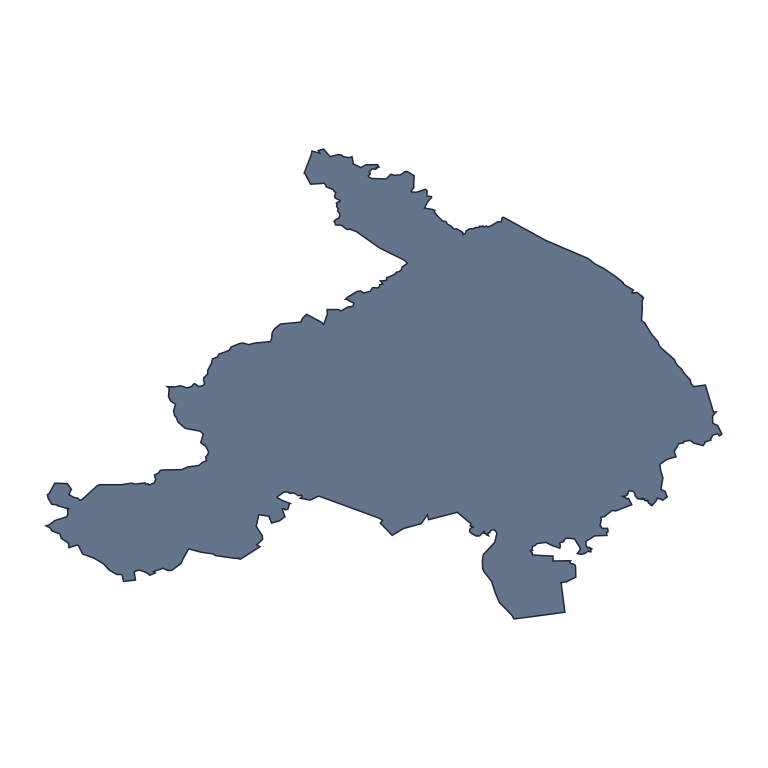 the district of Sēmes pag., Tukums, Latvia
{"feature_id": "27541924B50458338547666", "entity_name": "Sēmes pag.", "entity_type": "district", "adm_level": 2, "iso_a3": "LVA", "parent_name": "Latvia", "parent_adm1": "Tukums", "projection": "natural_earth1", "projection_center": [23.096, 57.072], "detail": "fine", "context": "isolated", "style": "filled", "palette": "slate", "viewbox_px": 768, "rotation_deg": 0, "n_neighbors": 0, "source": "geoboundaries", "source_scale": "gbopen_adm2", "svg_char_len": 6098}
<svg xmlns="http://www.w3.org/2000/svg" viewBox="0 0 768 768"><path d="M330.1,156.6L323.5,149.0L318.3,150.6L319.7,153.1L312.0,151.1L311.2,154.8L304.2,173.2L304.8,173.3L310.6,184.2L324.3,183.3L326.1,185.6L326.1,186.8L333.4,189.7L334.0,191.3L335.8,192.6L334.6,195.8L335.0,198.0L340.0,200.5L339.8,201.7L337.6,202.1L336.3,203.1L337.0,205.0L336.6,206.3L338.2,209.0L337.5,210.7L339.8,214.2L340.0,215.8L338.8,217.9L335.3,219.9L334.1,221.6L334.7,222.0L335.5,224.9L341.6,225.4L346.9,229.5L351.0,229.2L351.4,229.9L356.1,231.4L379.8,248.1L404.5,260.3L407.3,263.2L406.9,263.7L402.2,266.9L401.3,269.9L398.8,271.8L396.8,272.0L394.1,274.7L386.7,277.7L386.6,279.5L385.7,280.5L380.4,280.9L382.9,284.0L379.6,284.8L379.6,286.1L378.4,287.9L372.5,287.6L370.4,291.2L363.9,293.1L360.3,290.9L356.9,291.5L347.7,297.1L345.5,299.2L347.6,299.2L348.0,300.2L354.0,303.2L352.8,306.4L348.1,306.9L340.8,311.0L339.5,310.0L337.2,309.5L327.0,309.6L327.4,314.0L323.6,324.5L321.4,322.2L306.6,314.3L302.6,318.1L300.9,322.1L280.5,324.0L275.0,328.4L272.6,331.6L272.0,333.8L271.7,338.6L270.2,341.6L254.6,343.1L248.5,344.7L243.6,343.0L239.9,343.4L231.2,346.9L229.4,350.3L218.7,354.2L217.7,356.9L212.5,358.9L211.5,363.4L207.7,370.3L207.7,373.8L203.7,377.9L203.5,380.3L204.6,383.5L203.2,385.6L198.7,386.5L194.8,383.7L193.8,383.9L191.4,386.7L186.8,387.8L180.5,385.7L174.7,386.9L167.2,386.6L169.2,388.2L168.5,396.7L170.7,401.1L175.5,404.4L173.6,411.0L174.6,415.8L175.8,416.7L178.2,422.3L185.4,428.4L200.2,431.2L203.3,434.1L200.7,442.7L205.7,446.3L208.6,451.9L207.9,454.4L205.6,457.1L206.5,460.7L202.7,462.2L198.9,465.4L187.6,467.0L181.7,469.6L161.5,470.0L160.0,470.7L158.7,472.9L154.4,475.1L155.7,479.8L154.2,483.0L149.2,485.0L148.0,483.9L145.5,484.0L145.2,482.9L134.7,484.2L132.0,483.1L120.9,484.7L99.9,484.7L97.3,485.6L81.7,499.9L79.9,500.1L77.5,498.1L74.3,497.6L69.1,494.8L70.5,490.7L71.5,489.5L67.4,483.6L54.8,483.2L49.3,493.4L47.4,494.8L48.1,498.1L51.8,504.3L57.4,505.0L57.3,505.6L68.5,508.9L67.3,509.3L68.0,513.3L66.9,516.7L54.7,520.6L49.5,524.7L46.1,525.9L49.8,527.7L52.1,531.0L59.9,533.8L61.3,538.4L68.6,543.2L68.9,547.6L77.5,545.0L78.6,545.9L82.6,554.0L94.2,558.2L103.8,564.1L109.0,570.0L116.8,574.5L121.9,574.5L123.4,580.9L123.9,581.4L135.5,580.1L134.2,571.7L139.1,570.0L144.2,571.7L149.0,574.3L149.6,575.3L155.2,572.9L153.7,571.6L162.9,568.3L167.7,570.5L171.7,570.4L181.0,563.5L183.1,558.6L188.7,548.9L200.6,552.1L213.5,554.0L215.2,555.5L235.4,558.4L239.0,558.4L238.8,558.8L240.6,559.1L260.0,546.7L256.6,545.0L262.6,539.4L262.3,535.6L256.2,526.3L258.8,514.7L268.8,516.2L271.6,523.1L279.5,520.8L284.9,516.7L282.1,509.1L284.6,508.8L284.9,509.8L287.7,509.4L289.0,505.9L288.9,504.5L290.3,503.5L281.0,499.9L279.1,498.5L277.7,498.4L277.3,496.9L283.7,492.1L287.6,491.9L290.1,493.5L293.7,492.8L298.6,495.8L301.7,495.1L302.3,496.5L300.2,498.2L309.9,500.1L318.8,496.1L379.0,518.1L382.6,520.4L380.3,523.0L392.2,535.4L403.6,528.5L421.1,523.7L427.4,514.9L428.6,519.7L457.3,512.3L471.3,524.0L470.0,525.8L472.9,527.1L470.7,528.2L469.7,529.5L469.5,531.4L471.6,533.6L476.4,536.1L479.8,535.8L483.9,531.5L484.5,531.7L484.6,532.4L483.7,532.7L484.2,533.3L486.3,533.8L486.4,534.8L488.5,535.6L487.6,533.9L490.0,532.3L490.5,531.0L492.1,529.8L494.7,530.1L496.9,533.1L494.8,542.3L483.3,554.6L482.4,560.4L482.6,568.4L483.9,571.5L491.6,581.5L495.4,593.3L499.6,602.7L511.8,615.1L513.9,619.0L549.5,614.3L564.9,612.2L561.2,583.5L560.7,582.7L566.3,581.9L575.8,577.1L575.6,567.0L574.8,564.6L570.5,563.3L569.8,561.7L570.6,560.7L552.9,561.0L553.0,556.1L532.6,555.0L532.4,553.3L530.2,551.0L532.7,550.5L531.9,549.2L532.5,546.4L535.2,545.4L536.9,543.6L546.0,542.4L551.0,545.1L559.8,548.2L560.5,545.6L559.4,543.3L560.9,542.3L563.1,542.0L564.0,541.1L564.2,539.6L566.5,538.1L570.8,538.5L574.5,538.9L580.1,548.1L580.2,549.6L577.3,553.6L582.0,554.4L585.3,553.2L588.5,550.8L590.2,552.0L591.0,551.7L590.5,549.9L591.9,548.9L588.9,547.2L588.1,548.2L586.5,546.3L585.9,544.2L586.0,541.3L594.6,535.9L607.0,535.4L606.4,532.8L608.1,531.7L607.6,528.3L602.7,528.4L601.4,527.7L601.2,526.2L600.0,525.6L601.3,519.8L600.8,517.4L604.6,516.5L612.1,510.5L615.8,510.9L631.8,504.7L628.5,498.3L627.6,498.9L622.7,496.3L625.6,496.1L627.5,494.7L628.7,491.0L633.3,491.1L635.3,494.3L634.9,495.2L635.2,496.0L636.8,497.4L637.3,498.7L640.6,499.1L641.9,498.0L642.6,498.4L642.3,499.4L644.8,499.1L644.9,500.1L644.1,500.6L647.2,500.3L646.6,500.8L647.9,501.1L648.5,503.2L650.1,503.7L650.2,504.7L651.6,505.5L652.2,505.5L652.2,504.5L653.3,504.1L656.4,500.5L657.5,498.1L662.8,500.1L667.2,496.9L665.1,491.3L660.9,489.4L662.9,477.9L660.7,470.7L659.9,464.3L667.3,459.2L676.1,456.8L674.2,451.7L678.7,443.8L683.7,442.8L683.8,441.4L690.3,440.4L693.6,443.1L703.1,445.6L704.7,443.4L704.9,442.1L710.9,440.0L710.6,439.1L712.9,435.1L717.7,433.6L719.5,435.9L721.9,434.2L717.6,425.4L712.8,423.3L712.6,416.0L716.1,411.9L713.5,412.2L705.4,385.0L693.6,386.6L691.0,383.5L690.3,379.9L684.6,373.8L681.2,368.7L677.7,365.7L675.4,362.4L674.5,359.6L660.4,347.3L658.6,344.2L658.2,342.0L651.3,333.9L644.8,323.1L641.5,320.5L642.3,308.6L642.1,301.2L643.4,297.9L642.5,297.6L642.8,296.8L636.8,292.3L632.1,293.2L632.6,290.7L633.4,290.1L625.7,285.6L622.7,283.2L623.1,282.5L615.6,276.5L603.5,268.3L595.5,264.3L588.1,258.5L545.7,240.4L503.4,217.2L502.0,218.1L501.4,221.7L500.9,222.1L497.7,221.7L491.0,225.9L488.2,226.8L486.3,226.1L483.9,226.8L482.9,226.0L481.4,226.5L479.4,226.1L479.1,227.2L478.1,227.6L476.0,227.4L472.9,228.7L469.0,229.0L466.0,231.0L465.5,233.5L462.9,234.7L462.8,232.4L456.5,228.7L454.4,229.3L450.6,225.8L447.3,224.1L446.1,221.6L442.9,221.1L437.5,216.1L434.2,211.7L434.8,210.5L432.8,209.5L424.4,208.0L427.8,201.6L431.7,197.2L431.3,196.5L426.9,196.1L427.0,190.5L425.4,189.3L416.3,192.3L411.6,192.0L411.0,191.0L413.7,187.9L414.1,175.6L407.2,171.5L406.8,172.0L405.4,171.4L400.4,174.9L394.3,175.3L390.7,174.2L386.4,178.9L371.7,178.5L368.9,177.0L368.3,176.0L370.1,174.1L370.2,173.1L369.2,171.9L372.1,168.9L375.6,169.3L376.9,168.3L376.4,167.6L379.1,167.0L377.4,164.6L366.0,164.8L360.7,167.6L353.3,163.8L352.0,156.7L349.0,157.7L343.1,156.6L341.6,155.0L338.1,154.6L330.1,156.6Z" fill="#64748b" stroke="#1e293b" stroke-width="1.5"/></svg>